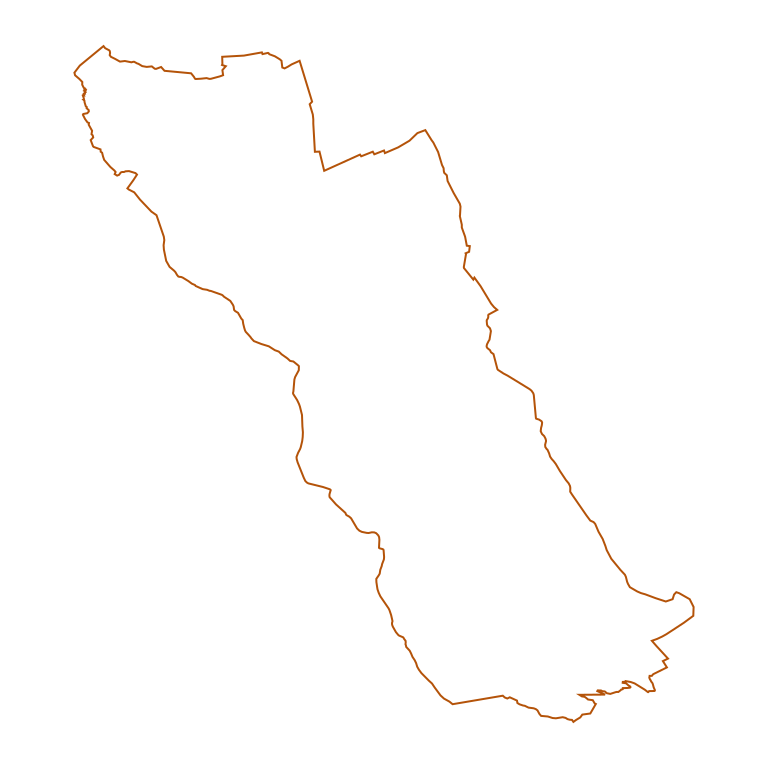 Merisani, Arges, Romania (Albers equal-area conic projection)
{"feature_id": "2599482B23805288669324", "entity_name": "Merisani", "entity_type": "district", "adm_level": 2, "iso_a3": "ROU", "parent_name": "Romania", "parent_adm1": "Arges", "projection": "albers", "projection_center": [24.723, 44.97], "detail": "fine", "context": "isolated", "style": "outline", "palette": "amber", "viewbox_px": 768, "rotation_deg": 0, "n_neighbors": 0, "source": "geoboundaries", "source_scale": "gbopen_adm2", "svg_char_len": 6000}
<svg xmlns="http://www.w3.org/2000/svg" viewBox="0 0 768 768"><path d="M425.3,130.1L417.4,133.1L409.5,140.7L398.1,147.4L384.9,153.1L384.0,150.5L374.3,154.3L372.8,151.7L361.2,156.3L360.0,154.6L324.2,170.8L319.5,151.6L314.9,151.8L313.3,123.7L313.3,119.3L312.8,114.5L309.7,104.2L312.1,101.7L299.6,60.8L291.6,64.4L287.9,66.7L284.6,68.4L282.3,67.5L281.5,60.8L279.8,59.3L274.9,56.3L269.3,54.2L268.5,53.1L268.0,52.9L262.5,54.1L261.9,52.4L243.9,55.6L222.2,56.8L222.4,64.0L222.0,65.0L225.8,66.2L222.4,70.1L223.1,75.2L219.8,76.4L210.9,78.8L209.4,78.9L206.6,78.1L201.1,78.7L195.7,79.0L195.0,78.7L193.9,76.8L191.1,73.3L164.5,70.8L161.1,67.0L156.0,68.9L154.7,68.7L151.8,66.4L146.7,66.9L142.2,66.1L138.4,63.8L137.3,63.5L134.2,61.8L133.3,61.8L131.4,62.3L124.9,61.0L120.0,61.6L119.6,61.4L115.1,58.9L110.9,56.8L109.7,55.1L110.1,53.0L109.8,51.1L109.2,50.3L105.2,48.2L103.5,46.1L79.8,65.6L74.4,72.7L75.1,75.3L79.3,78.9L82.3,82.0L82.2,84.7L83.8,87.9L84.7,88.3L84.5,89.1L85.4,89.2L85.4,89.7L85.9,89.9L85.6,90.5L84.6,90.3L84.3,90.6L84.9,90.8L84.7,91.6L85.5,92.2L84.7,92.9L84.9,93.7L83.7,93.8L83.4,94.2L84.1,95.6L82.9,95.7L83.7,97.9L84.0,99.5L83.4,99.7L84.4,100.6L84.6,102.4L85.8,106.3L86.8,107.1L86.6,108.2L88.7,110.1L88.8,111.5L87.3,113.2L83.3,114.0L82.9,114.8L85.1,119.1L87.5,122.4L89.0,123.0L88.7,124.7L92.1,130.8L91.5,134.2L92.7,135.4L93.2,137.4L90.7,140.1L93.0,146.2L93.6,146.9L100.5,149.4L100.7,151.7L102.1,152.7L103.0,156.4L104.2,159.9L110.4,167.0L114.4,170.5L115.6,172.0L114.7,174.1L117.1,175.6L119.1,174.8L120.6,172.7L121.0,172.4L122.1,172.0L124.0,172.0L125.6,171.3L129.0,171.1L135.5,173.1L137.0,174.6L133.2,180.4L127.4,188.4L128.9,189.6L134.2,192.3L140.0,199.6L151.4,211.6L156.5,215.2L163.8,236.6L164.3,240.1L163.6,245.2L163.9,249.6L166.2,260.9L169.6,266.9L174.0,270.6L175.4,272.1L177.0,274.9L178.3,276.5L179.2,276.8L181.2,277.0L182.7,277.6L188.4,281.1L191.9,283.7L194.9,285.0L195.7,286.0L202.6,289.1L207.1,289.8L209.6,290.8L210.7,290.9L221.8,294.8L222.6,295.3L224.1,296.8L230.3,300.9L232.9,304.8L233.6,306.4L234.1,309.9L235.2,311.1L238.0,312.8L241.3,318.6L242.7,320.1L243.2,323.7L244.2,327.7L245.0,330.4L245.8,331.9L248.8,335.1L250.6,337.2L251.4,338.4L253.9,341.1L261.3,344.0L268.8,346.3L274.9,350.2L278.8,351.6L281.6,354.3L287.4,358.4L290.1,360.9L293.4,361.5L298.3,365.5L298.9,366.2L298.8,370.2L295.1,377.1L294.4,379.5L293.4,391.3L293.0,393.1L293.3,394.1L297.1,400.0L299.0,404.0L299.9,406.5L302.0,415.0L302.4,426.4L302.9,432.3L302.7,437.0L302.2,441.1L300.7,447.4L300.0,449.2L298.1,452.8L296.5,457.0L296.7,459.1L297.6,462.3L303.8,477.8L305.4,481.1L307.1,482.7L308.4,483.4L323.0,487.0L329.9,489.3L330.7,490.1L329.5,494.2L329.4,496.0L329.7,497.3L336.1,504.5L345.4,512.9L346.1,514.6L346.5,515.1L349.2,516.6L351.1,518.3L357.1,528.5L359.4,530.7L361.9,531.9L366.8,532.9L368.7,533.0L371.8,532.3L374.3,532.4L376.2,533.2L378.3,535.4L379.1,537.1L379.4,539.8L379.0,547.8L379.6,548.3L382.6,549.1L383.4,549.6L383.6,550.3L384.1,557.0L383.9,559.4L382.1,564.1L381.7,566.1L380.3,569.8L379.7,573.7L378.7,575.4L376.3,578.9L376.4,582.1L377.2,587.5L377.5,589.3L378.7,592.8L380.4,596.4L388.6,608.4L389.4,610.0L391.1,615.0L392.5,621.1L392.0,623.1L392.1,624.7L392.8,626.6L395.9,632.1L398.3,635.0L399.1,635.6L403.1,637.3L403.5,637.7L403.9,638.6L405.6,640.9L405.7,642.5L405.5,644.3L405.9,645.2L406.2,646.9L409.7,650.7L411.1,653.5L412.5,656.9L414.7,660.2L416.1,663.1L417.2,666.7L418.9,669.7L421.4,673.1L428.8,680.6L432.0,683.5L434.6,687.4L440.5,695.4L444.0,698.6L449.4,701.6L452.6,704.2L502.8,695.7L504.8,697.5L507.3,698.5L509.8,697.3L517.0,700.6L517.4,703.0L519.5,704.3L523.0,705.5L524.8,705.8L528.5,707.6L533.7,708.3L535.8,709.1L537.5,710.4L539.4,713.9L541.1,715.9L547.9,716.5L552.5,718.0L555.9,718.3L562.7,717.2L565.6,717.9L567.5,719.1L569.7,719.7L572.0,719.9L573.4,721.9L576.0,720.0L580.3,717.4L582.3,714.6L590.3,713.5L595.8,704.0L594.9,703.6L594.3,702.8L592.8,700.2L588.0,699.5L586.3,698.0L584.6,696.8L581.9,696.4L579.4,694.8L605.1,694.6L597.3,691.1L597.7,690.4L601.1,690.5L602.4,691.2L604.5,691.4L605.4,691.8L606.0,692.6L606.8,693.2L610.3,693.9L615.5,692.2L616.9,691.9L618.3,692.0L620.7,690.2L621.0,689.7L622.7,689.2L622.8,688.1L626.9,688.0L629.9,687.7L630.4,687.3L630.3,686.6L628.3,685.3L626.1,683.3L622.7,682.8L622.8,681.9L625.5,681.8L625.6,681.1L630.7,682.0L634.6,683.4L644.8,689.7L647.9,692.1L648.3,692.1L649.1,691.1L654.3,691.0L654.8,690.7L654.9,690.1L653.7,687.4L652.8,684.0L652.2,682.7L651.2,681.6L650.6,680.2L650.0,679.5L649.3,677.7L649.6,675.9L651.8,675.9L653.0,674.4L653.6,674.0L666.9,667.4L662.9,661.1L668.0,658.6L656.6,646.2L651.9,640.8L657.2,638.9L662.3,636.5L666.4,634.2L683.8,622.8L693.3,615.8L693.6,607.0L689.7,599.2L679.2,593.2L676.3,592.2L674.1,594.5L672.6,599.2L665.8,601.5L655.7,598.2L645.2,594.3L641.0,593.1L637.3,591.5L629.9,587.2L628.0,583.9L627.1,581.7L625.9,576.9L624.9,574.7L620.5,570.0L611.3,558.8L606.7,550.1L605.4,546.0L602.7,539.0L598.5,531.7L595.2,523.9L593.6,522.1L590.3,520.6L586.5,515.5L572.0,494.5L570.2,491.7L570.3,487.8L570.0,486.0L568.7,483.4L565.9,480.0L559.9,471.0L555.8,464.0L553.7,461.2L551.7,459.0L550.1,456.6L549.1,453.3L547.4,449.6L546.7,449.1L545.3,447.0L545.1,444.8L546.0,441.3L546.0,440.5L545.5,438.6L544.2,436.1L542.0,434.0L540.7,431.2L541.1,427.8L541.7,425.7L542.0,423.9L542.1,422.4L541.5,421.2L539.1,419.6L536.2,418.7L535.9,418.0L533.8,395.1L533.3,393.3L531.5,390.7L529.7,389.2L507.7,375.7L503.5,373.5L498.0,369.9L497.4,369.1L493.5,354.1L491.0,352.3L490.0,350.2L487.4,348.1L486.7,346.9L486.6,346.1L487.0,344.3L488.5,341.3L489.5,339.7L490.9,331.1L490.0,328.3L487.4,325.7L487.0,324.4L486.7,320.9L486.8,320.1L487.9,318.4L488.3,316.9L488.2,315.3L488.5,314.6L497.2,309.9L494.0,307.1L491.1,303.6L480.6,286.2L474.4,277.6L473.3,279.6L464.0,268.1L463.8,267.1L466.0,254.1L465.6,253.3L469.1,251.8L469.8,246.1L466.8,245.7L465.1,236.7L461.8,227.5L461.8,224.7L459.8,215.9L460.0,215.4L460.5,206.6L459.8,203.7L453.7,193.1L447.6,181.0L446.8,175.3L444.2,172.8L443.8,171.0L443.6,168.2L442.0,165.0L438.1,152.0L433.3,142.5L431.6,140.2L425.3,130.1Z" fill="none" stroke="#b45309" stroke-width="2"/></svg>